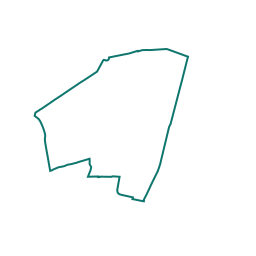 the district of Al Zaytun, Al Qahirah, Egypt, rotated 328°
{"feature_id": "37247803B62499095418831", "entity_name": "Al Zaytun", "entity_type": "district", "adm_level": 2, "iso_a3": "EGY", "parent_name": "Egypt", "parent_adm1": "Al Qahirah", "projection": "orthographic", "projection_center": [31.299, 30.1], "detail": "fine", "context": "isolated", "style": "outline", "palette": "teal", "viewbox_px": 256, "rotation_deg": 328, "n_neighbors": 0, "source": "geoboundaries", "source_scale": "gbopen_adm2", "svg_char_len": 3072}
<svg xmlns="http://www.w3.org/2000/svg" viewBox="0 0 256 256"><g transform="rotate(328 128 128)"><path d="M177.1,67.7L170.0,65.8L169.5,65.7L169.0,65.6L163.8,63.6L149.5,58.2L149.3,58.1L149.2,58.2L149.1,58.6L148.9,58.8L148.7,59.0L148.4,59.3L148.1,59.4L147.9,59.5L147.7,59.6L147.3,59.7L147.0,59.8L146.8,59.8L146.5,59.7L146.3,59.7L146.0,59.6L145.8,59.5L145.6,59.4L145.4,59.3L145.3,59.1L145.1,59.0L144.9,58.9L144.8,58.7L144.6,58.5L144.5,58.4L144.4,58.2L144.2,58.0L144.1,57.8L143.9,57.6L143.7,57.4L143.4,57.4L143.2,57.4L142.7,57.5L141.9,58.0L131.6,63.8L115.8,64.2L110.7,64.2L102.9,64.5L96.8,64.7L89.7,65.0L81.3,65.2L71.8,65.6L64.9,65.9L62.7,65.8L62.4,65.8L62.0,65.9L61.4,65.9L59.5,65.9L57.7,65.9L56.6,66.9L55.6,67.9L55.3,68.2L55.4,68.4L55.6,69.2L55.7,69.6L55.9,70.0L56.6,71.7L57.0,73.1L57.1,74.4L57.1,75.7L56.9,77.7L56.5,80.6L55.9,83.8L55.2,86.5L55.1,86.9L55.0,87.3L54.4,89.3L53.8,90.5L52.8,91.9L51.8,93.0L50.8,94.9L49.8,97.1L48.3,100.7L45.7,107.2L45.0,109.0L41.7,117.1L39.3,123.1L39.8,123.2L40.2,123.4L43.4,123.7L46.4,124.2L47.9,124.4L49.6,125.0L51.4,125.7L53.1,126.4L54.5,126.7L57.3,127.1L58.9,127.8L60.3,128.4L65.7,130.1L69.0,130.9L75.4,132.7L79.1,133.7L77.7,136.2L76.6,137.7L76.5,138.1L76.3,138.4L76.2,139.2L76.2,140.7L76.1,141.0L76.1,141.3L75.8,142.0L75.6,142.2L75.4,142.4L73.5,144.2L68.2,148.1L77.0,153.3L76.9,153.6L76.7,153.8L77.7,154.4L77.8,154.2L79.3,154.9L81.7,156.5L87.7,160.4L87.9,160.5L88.1,160.6L88.3,160.7L88.5,160.7L88.8,160.7L89.0,160.8L89.4,160.9L89.6,161.0L95.0,164.9L86.8,174.0L86.3,174.5L85.9,175.0L85.3,176.4L85.3,176.6L85.2,176.9L85.2,177.2L85.1,177.4L85.1,177.7L85.1,177.9L85.2,178.2L85.2,178.4L85.3,178.7L85.4,178.9L85.5,179.2L85.6,179.4L85.7,179.6L85.8,179.8L86.0,180.1L87.5,181.7L91.4,185.5L95.4,189.5L95.1,189.8L94.8,190.1L94.1,190.7L94.5,191.0L94.8,191.2L100.0,196.2L102.6,198.6L102.8,198.4L103.0,198.3L103.0,198.0L103.0,197.8L103.1,197.6L103.2,197.4L104.6,196.5L109.5,193.6L114.7,190.2L117.6,188.3L117.9,188.1L118.0,188.0L118.3,187.9L118.6,187.7L118.8,187.6L119.0,187.5L119.3,187.3L119.5,187.1L119.9,186.9L120.1,186.7L120.3,186.6L120.6,186.4L120.9,186.2L121.2,186.0L121.5,185.9L121.9,185.6L122.0,185.5L122.2,185.4L122.4,185.3L122.5,185.3L122.6,185.2L122.8,185.1L123.0,184.9L123.4,184.7L123.6,184.5L123.9,184.4L124.2,184.2L124.4,184.1L124.6,183.9L124.9,183.7L125.1,183.6L125.4,183.4L125.8,183.2L126.1,183.0L126.5,182.8L126.8,182.6L127.1,182.4L127.5,182.2L127.9,181.9L128.2,181.7L128.6,181.5L129.0,181.2L129.3,181.0L129.6,180.9L129.9,180.7L130.0,180.6L130.4,180.4L130.6,180.2L130.8,180.1L131.0,179.9L133.0,178.3L136.2,175.6L137.2,174.7L137.3,174.5L137.5,174.3L163.5,148.8L164.5,148.2L164.8,148.0L165.2,147.7L166.0,147.4L168.3,145.2L197.4,117.7L197.6,117.5L197.8,117.4L199.6,115.7L201.0,114.3L210.6,105.1L211.5,104.2L216.7,99.3L214.9,97.1L207.9,88.1L203.6,82.6L203.5,82.4L203.3,82.2L203.1,82.0L202.9,81.8L202.7,81.6L202.3,81.3L202.1,81.2L201.8,81.0L201.6,80.9L201.4,80.8L201.2,80.7L187.8,73.5L187.6,73.4L187.4,73.2L185.4,71.9L181.9,69.8L179.7,69.0L177.5,68.5L177.1,68.4L177.1,67.9L177.1,67.7Z" fill="none" stroke="#0f766e" stroke-width="2"/></g></svg>